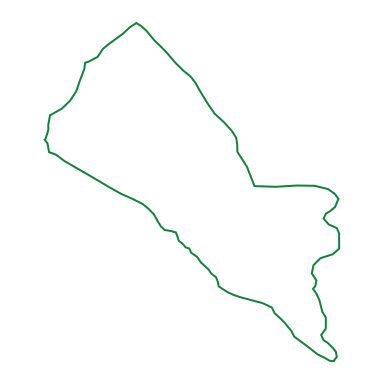 the district of Malung-Sälen, Dalarna, Sweden
{"feature_id": "70781695B21384318328317", "entity_name": "Malung-Sälen", "entity_type": "district", "adm_level": 2, "iso_a3": "SWE", "parent_name": "Sweden", "parent_adm1": "Dalarna", "projection": "equal_earth", "projection_center": [13.492, 60.851], "detail": "fine", "context": "isolated", "style": "outline", "palette": "green", "viewbox_px": 384, "rotation_deg": 0, "n_neighbors": 0, "source": "geoboundaries", "source_scale": "gbopen_adm2", "svg_char_len": 1551}
<svg xmlns="http://www.w3.org/2000/svg" viewBox="0 0 384 384"><path d="M328.3,343.3L323.5,340.1L321.2,335.0L325.8,328.6L325.8,317.5L322.3,311.8L319.4,300.1L316.5,293.8L313.0,288.8L315.3,286.1L316.4,280.4L311.8,273.5L313.5,265.2L320.4,258.2L332.9,254.2L339.2,248.6L339.1,239.7L339.1,234.3L339.1,233.4L336.8,228.1L328.8,224.5L323.6,218.6L325.9,213.6L329.9,211.3L335.0,207.1L338.4,198.9L334.9,194.0L328.1,189.1L314.9,185.8L297.2,185.5L275.6,186.8L254.5,186.1L247.0,166.9L237.3,151.6L237.3,145.2L237.2,144.5L236.2,137.7L231.6,130.6L224.2,122.5L214.5,113.5L207.7,103.6L199.8,90.7L195.8,83.4L190.7,76.7L183.3,70.6L175.9,63.3L165.2,50.9L154.4,40.4L146.5,30.9L141.4,26.2L136.3,23.0L129.5,27.5L123.2,33.5L109.0,43.9L102.8,49.0L97.6,56.9L88.5,61.7L85.2,62.7L84.3,69.0L79.8,80.9L76.2,91.4L69.9,100.9L61.9,108.6L50.0,115.3L48.2,125.2L48.4,129.7L46.3,136.6L45.1,139.8L44.8,139.9L47.4,143.1L49.1,152.2L55.4,154.3L64.3,161.0L77.0,168.3L95.6,179.1L108.7,186.9L121.4,194.0L132.7,199.0L142.6,204.0L148.4,208.7L153.9,214.3L157.5,220.9L160.8,226.3L164.5,229.9L170.7,231.0L175.8,232.4L177.3,236.2L178.7,240.7L183.1,244.3L185.7,247.4L189.3,248.5L191.1,252.7L197.0,256.8L201.0,262.5L208.7,269.7L211.3,273.6L216.0,277.2L217.9,282.1L218.6,286.3L227.4,292.1L234.0,295.1L241.0,297.4L247.9,299.2L253.1,300.6L256.3,301.5L262.6,303.1L271.8,307.5L274.7,313.2L283.9,321.9L291.4,331.0L294.3,336.7L307.3,346.3L317.5,354.3L324.8,357.9L329.7,360.8L331.6,360.9L333.7,361.0L336.8,356.9L335.8,351.7L333.0,348.1L328.3,343.4L328.3,343.3Z" fill="none" stroke="#15803d" stroke-width="2"/></svg>